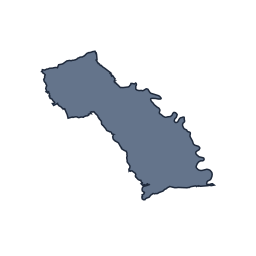 Farcasesti, Gorj, Romania (Natural Earth projection), rotated 16°
{"feature_id": "2599482B37967446659038", "entity_name": "Farcasesti", "entity_type": "district", "adm_level": 2, "iso_a3": "ROU", "parent_name": "Romania", "parent_adm1": "Gorj", "projection": "natural_earth1", "projection_center": [23.175, 44.859], "detail": "fine", "context": "isolated", "style": "filled", "palette": "slate", "viewbox_px": 256, "rotation_deg": 16, "n_neighbors": 0, "source": "geoboundaries", "source_scale": "gbopen_adm2", "svg_char_len": 5859}
<svg xmlns="http://www.w3.org/2000/svg" viewBox="0 0 256 256"><g transform="rotate(16 128 128)"><path d="M226.6,159.1L224.5,158.3L223.3,158.8L222.3,159.6L219.9,160.4L219.4,160.4L219.0,160.0L218.8,158.8L218.9,157.6L219.2,157.1L221.4,155.0L221.8,153.9L222.0,151.4L221.7,149.4L221.0,147.9L220.4,147.3L218.6,146.1L217.2,145.8L215.2,145.9L210.9,148.4L209.7,148.8L208.5,148.9L207.4,148.8L206.3,148.4L204.6,147.3L204.1,146.2L204.1,145.6L204.4,143.2L205.2,141.2L206.9,139.5L208.5,139.1L209.3,138.6L209.8,137.7L209.8,137.2L209.5,136.5L209.2,136.1L208.4,135.9L204.2,136.1L201.3,134.7L200.5,134.1L199.9,133.2L200.0,132.2L200.4,131.4L202.3,129.3L202.6,127.8L202.5,127.4L202.1,126.9L200.8,126.2L196.9,126.1L195.5,125.5L195.1,125.1L193.5,122.7L190.7,119.9L189.9,118.9L189.6,117.9L189.5,116.4L189.3,115.7L188.9,115.2L188.4,115.0L186.5,115.0L185.7,114.6L185.2,114.0L184.7,113.7L182.3,113.3L181.5,112.7L179.9,110.9L179.5,109.8L179.4,108.8L179.6,108.1L180.6,106.4L180.3,105.2L179.5,103.9L179.4,103.0L179.0,102.2L178.3,102.2L177.6,102.5L176.9,103.1L176.0,103.5L175.2,104.3L174.8,105.3L174.2,108.1L173.7,108.9L172.6,109.6L171.7,109.5L170.7,108.8L170.4,108.0L170.5,106.2L171.4,104.6L171.5,104.0L171.6,102.1L171.5,101.4L170.3,100.6L169.3,100.2L167.9,100.3L167.4,100.9L167.0,101.8L166.8,103.5L165.6,105.3L163.1,106.3L161.4,107.3L160.3,107.4L158.5,107.0L156.0,105.9L154.3,105.4L153.8,104.4L153.8,102.1L153.4,101.5L152.5,100.6L151.9,100.3L150.5,100.0L146.8,98.4L144.8,96.8L143.5,96.2L142.3,95.1L141.9,94.4L141.8,93.8L141.9,93.4L143.1,92.8L146.4,92.0L149.1,91.8L151.2,91.2L151.5,91.0L151.7,90.5L151.3,89.9L149.6,88.8L148.3,88.5L140.2,88.3L139.0,87.6L136.5,85.3L135.4,85.2L134.7,85.3L134.3,85.7L132.7,87.5L132.0,88.0L131.5,88.2L130.4,88.2L128.3,89.0L126.4,89.1L125.2,88.7L124.7,88.3L123.9,85.5L124.2,84.5L124.1,83.8L123.8,83.2L123.2,82.7L122.8,82.7L122.4,83.5L121.9,83.9L119.7,84.0L118.6,84.3L118.5,84.7L118.7,85.3L118.5,85.9L118.1,86.5L117.7,87.8L116.9,88.5L112.1,90.5L110.3,90.9L109.5,91.2L105.8,89.1L105.0,88.9L105.0,88.7L103.8,88.0L103.6,88.2L103.8,88.5L102.5,87.6L102.2,87.1L102.3,86.9L102.0,87.1L101.9,86.8L101.9,86.4L102.0,86.1L101.9,84.1L101.1,83.8L99.2,82.1L98.7,82.0L98.2,82.7L97.7,82.4L97.8,82.0L97.5,81.9L97.6,81.5L97.3,80.8L97.1,80.7L96.9,80.9L95.7,80.5L96.1,79.7L89.2,77.0L86.9,76.3L85.0,75.2L84.7,75.5L83.9,75.3L83.1,74.5L82.4,74.2L82.2,74.3L81.7,73.9L81.5,74.1L78.7,71.6L79.1,71.3L79.0,71.1L79.4,70.9L77.4,65.7L77.0,65.6L76.8,65.1L76.9,64.9L76.7,64.5L76.5,64.4L76.1,64.6L75.7,64.1L75.6,63.6L76.0,63.3L75.4,63.6L75.1,63.3L72.6,64.5L72.2,65.0L70.5,66.0L69.5,66.3L67.9,67.6L66.8,69.5L66.2,70.7L65.5,71.2L64.7,72.2L62.4,73.1L61.3,74.2L60.4,74.8L59.9,75.8L58.8,76.8L57.0,77.9L56.2,78.1L54.7,79.0L53.1,79.2L50.7,80.4L47.7,84.2L46.7,84.9L43.9,86.3L43.8,87.0L43.6,89.5L42.1,89.6L40.7,90.2L38.8,91.3L36.1,92.2L34.7,93.4L33.5,93.8L32.7,94.7L31.6,95.4L29.6,95.5L29.7,96.8L29.4,97.6L30.4,97.6L31.2,98.7L32.3,98.9L33.7,99.6L33.8,100.2L33.6,100.6L33.6,101.4L33.9,102.0L34.0,102.6L33.6,104.4L33.8,104.5L34.0,105.3L34.4,106.0L35.0,106.6L36.5,107.5L36.8,108.2L38.0,109.3L38.2,110.2L38.0,111.1L38.1,112.5L38.1,112.9L38.5,113.3L39.5,114.7L39.1,115.7L40.1,115.9L41.1,116.4L41.2,116.1L40.7,115.5L41.6,115.0L42.0,116.0L43.1,116.7L43.3,117.7L43.2,118.5L43.3,118.8L44.1,118.8L44.1,119.3L43.9,119.7L44.8,120.5L44.8,120.8L45.2,121.1L45.7,120.8L47.2,121.3L48.3,122.4L50.4,123.5L50.1,124.7L48.6,125.3L50.3,126.8L53.5,123.8L53.8,124.5L55.0,125.2L55.4,125.6L57.6,126.1L59.7,127.3L59.9,127.3L60.4,127.5L60.5,127.7L61.2,127.0L62.1,127.1L62.2,127.3L62.2,127.7L62.6,127.9L66.0,132.1L67.7,135.1L71.5,132.8L72.2,133.0L72.9,132.5L74.7,131.6L75.9,131.4L77.4,131.7L78.5,131.3L79.7,130.4L82.3,129.9L82.4,129.5L82.7,129.1L83.6,128.5L84.1,128.0L84.6,127.9L85.9,127.3L86.0,127.0L86.7,126.3L86.3,125.7L88.1,124.3L88.7,124.3L87.6,123.2L89.0,122.2L89.7,122.4L90.1,122.2L90.6,121.7L91.5,122.2L93.1,123.4L93.3,123.3L94.9,124.2L95.7,124.8L96.4,125.9L97.8,127.1L97.9,126.9L98.3,127.4L100.0,128.4L100.9,129.6L101.1,130.6L101.8,131.8L102.6,132.1L102.9,132.5L103.5,132.5L105.4,134.0L106.3,134.4L108.2,136.2L109.0,136.4L110.3,136.4L111.1,136.7L111.5,136.7L111.9,136.5L112.6,136.6L113.3,136.9L114.1,138.1L115.8,138.1L115.4,138.4L115.8,139.1L115.7,140.8L116.2,141.5L116.6,142.4L117.4,143.2L118.8,143.7L119.2,144.1L120.2,144.2L122.9,144.9L126.3,148.3L127.1,148.6L127.3,149.5L127.9,149.8L130.6,150.6L132.9,150.9L133.1,151.4L133.7,152.0L134.1,153.0L134.3,154.1L135.0,155.1L134.8,156.4L135.1,157.3L136.2,159.5L136.3,160.3L137.0,161.3L138.6,162.3L139.2,163.0L140.0,163.6L140.4,164.2L140.6,165.0L140.7,166.2L140.2,167.3L140.7,168.6L141.1,168.8L141.1,169.1L141.9,168.4L142.4,168.8L143.1,168.2L143.7,168.1L147.6,169.6L148.3,170.6L148.3,172.1L148.9,173.0L149.7,173.3L149.8,173.2L150.5,173.9L152.2,174.8L153.7,175.0L154.7,174.7L155.2,175.3L155.2,175.6L156.2,176.6L156.9,176.6L157.1,176.9L156.8,177.5L156.0,178.0L157.7,179.0L159.2,178.0L159.4,178.1L159.5,178.0L160.1,178.5L160.3,178.4L160.3,178.0L160.7,177.9L161.4,178.1L161.8,177.8L161.7,177.3L162.1,177.3L162.2,177.0L161.7,176.7L162.1,176.3L162.9,177.0L163.7,176.4L164.0,176.6L162.0,178.1L158.8,180.0L158.3,181.8L158.4,183.0L159.0,184.4L159.3,184.7L161.5,185.4L161.3,186.1L161.6,186.4L161.4,187.1L160.4,188.2L160.0,188.4L160.7,189.6L160.4,189.9L160.6,190.3L160.4,190.6L161.1,192.0L161.3,192.3L161.8,192.3L162.5,192.7L164.0,192.3L164.2,191.5L164.9,190.5L167.3,188.8L167.7,188.1L168.1,186.9L168.5,186.1L169.4,185.1L169.9,184.2L170.5,184.0L171.6,184.0L172.6,183.4L173.6,183.2L174.5,182.8L175.5,181.6L179.0,179.0L179.7,177.9L179.9,177.2L180.4,176.7L181.5,175.9L182.5,174.3L183.6,173.5L184.2,172.7L189.4,172.5L191.3,171.9L192.6,171.3L201.2,169.2L202.5,168.5L203.2,168.4L204.4,167.2L209.1,164.9L210.0,165.4L210.7,164.7L211.5,164.1L212.1,164.5L212.6,164.0L213.6,164.1L214.1,163.9L220.5,161.5L222.3,160.6L223.8,160.5L226.6,159.1Z" fill="#64748b" stroke="#1e293b" stroke-width="1.5"/></g></svg>